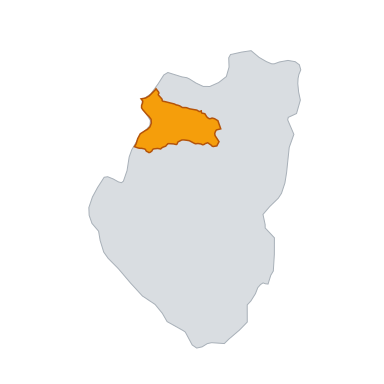 Lhuntshi highlighted on a map of Bhutan, rotated 283°
{"feature_id": "BTN-2483", "entity_name": "Lhuntshi", "entity_type": "District", "adm_level": 1, "iso_a3": "BTN", "parent_name": "Bhutan", "parent_adm1": "", "projection": "equal_earth", "projection_center": [91.057, 27.736], "detail": "fine", "context": "in_parent", "style": "filled", "palette": "amber", "viewbox_px": 384, "rotation_deg": 283, "n_neighbors": 0, "source": "natural_earth", "source_scale": "10m", "svg_char_len": 3031}
<svg xmlns="http://www.w3.org/2000/svg" viewBox="0 0 384 384"><g transform="rotate(283 192 192)"><path d="M302.2,161.3L301.6,164.0L299.1,171.2L297.4,179.1L298.8,185.6L304.6,193.3L312.2,199.5L322.0,200.0L331.0,197.6L334.6,198.6L339.5,208.9L343.0,217.8L338.3,227.0L335.8,235.1L334.8,240.9L335.4,243.3L338.4,248.0L341.8,255.9L342.2,263.2L340.1,268.0L335.5,270.5L330.5,269.7L326.5,269.8L321.4,270.7L313.4,273.4L305.9,276.9L292.0,276.2L286.4,269.0L283.8,269.0L271.1,278.3L257.3,276.7L232.2,279.8L221.6,280.5L210.9,279.5L205.4,277.5L195.3,271.0L186.1,266.2L176.7,270.6L173.4,271.4L165.9,282.6L149.6,286.3L133.3,289.0L128.6,287.5L119.4,286.8L119.1,284.2L119.4,281.7L117.3,279.6L113.6,277.6L107.2,276.7L99.1,273.9L94.4,271.2L77.7,275.1L68.0,269.2L57.1,261.1L51.6,257.6L49.6,245.0L47.7,241.0L43.4,236.7L41.0,231.7L43.0,226.6L54.0,217.0L54.9,214.8L60.1,196.9L67.1,190.4L74.1,181.4L79.5,167.1L89.6,152.4L100.8,137.4L108.5,125.2L113.6,119.5L124.1,113.4L132.8,109.8L138.9,101.6L146.2,97.0L153.6,95.0L164.7,96.1L175.2,99.0L186.6,103.1L187.9,106.4L187.0,112.2L185.3,118.1L185.2,121.1L187.0,122.7L198.2,123.9L211.9,122.9L219.6,123.8L236.8,129.2L241.9,133.0L247.1,136.0L252.2,135.4L258.7,129.2L265.6,123.8L269.8,123.0L272.8,124.7L278.3,129.8L289.6,134.6L299.7,138.2L303.0,141.6L301.9,156.3L302.2,161.3Z" fill="#d9dde1" stroke="#a8b0b8" stroke-width="1"/><path d="M223.2,125.7L226.2,126.7L231.8,127.1L237.1,128.5L241.7,133.0L243.0,134.5L246.0,136.4L249.9,136.9L253.6,135.8L256.0,133.0L257.3,130.7L261.1,125.5L262.7,123.9L265.1,123.4L267.4,123.8L269.5,123.6L271.3,121.4L273.1,125.6L276.0,128.7L282.9,133.0L284.5,133.7L282.9,135.7L281.6,137.2L281.1,137.4L280.7,137.5L279.8,137.2L279.4,137.2L278.9,137.5L276.0,141.6L275.5,142.0L275.1,142.2L274.7,142.2L274.3,142.4L274.0,142.9L273.9,143.6L274.0,145.0L273.8,155.0L273.3,157.1L273.4,158.4L273.2,160.4L272.8,161.8L272.4,162.7L272.2,163.6L272.3,164.4L272.9,167.2L272.9,168.1L272.5,171.0L272.9,178.3L272.0,180.9L273.1,182.8L272.2,183.1L271.8,183.2L271.4,183.5L271.1,184.0L271.2,186.0L271.1,187.0L268.9,189.1L268.0,190.3L267.3,192.3L267.8,193.8L268.5,194.8L268.6,195.4L268.5,197.5L267.3,201.2L260.0,205.8L258.0,201.9L257.3,201.5L255.6,201.1L254.0,201.0L252.1,201.8L247.1,207.0L242.5,205.8L241.1,202.5L241.1,201.9L241.3,201.1L241.7,200.5L242.1,199.9L243.5,196.2L242.1,194.0L241.1,193.1L240.6,192.3L240.4,191.6L240.5,191.1L240.7,190.5L240.8,189.8L240.6,186.9L239.8,184.7L239.8,184.3L239.9,183.5L240.7,180.4L241.4,177.8L241.2,175.0L240.9,172.3L240.6,171.1L240.3,170.2L237.8,167.3L237.4,167.0L237.0,166.9L235.5,166.7L234.9,166.3L234.7,165.9L234.7,163.1L233.9,158.4L233.6,157.6L233.0,157.4L232.1,156.7L231.7,156.5L231.1,156.3L230.7,156.0L230.2,155.3L229.5,154.1L228.2,152.6L226.9,151.8L226.7,148.7L225.4,145.0L224.8,144.3L224.4,144.1L223.4,143.8L222.8,143.6L222.2,143.1L221.1,142.1L220.8,141.4L220.7,140.9L221.2,139.8L221.3,139.0L221.5,138.4L221.9,137.9L222.8,137.2L223.1,136.7L223.3,135.8L223.2,132.9L222.9,131.7L222.8,130.8L222.8,129.5L223.2,125.7Z" fill="#f59e0b" stroke="#b45309" stroke-width="1.5"/></g></svg>